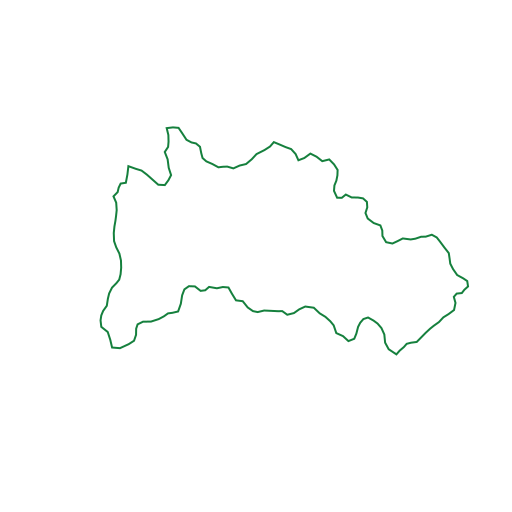 Serra Azul de Minas, Minas Gerais, Brazil (Natural Earth projection), rotated 330°
{"feature_id": "56859067B40983562978217", "entity_name": "Serra Azul de Minas", "entity_type": "district", "adm_level": 2, "iso_a3": "BRA", "parent_name": "Brazil", "parent_adm1": "Minas Gerais", "projection": "natural_earth1", "projection_center": [-43.207, -18.391], "detail": "fine", "context": "isolated", "style": "outline", "palette": "green", "viewbox_px": 512, "rotation_deg": 330, "n_neighbors": 0, "source": "geoboundaries", "source_scale": "gbopen_adm2", "svg_char_len": 2522}
<svg xmlns="http://www.w3.org/2000/svg" viewBox="0 0 512 512"><g transform="rotate(330 256 256)"><path d="M408.7,321.9L402.7,320.7L398.2,319.0L391.9,314.2L386.0,313.9L380.4,313.4L375.6,309.1L375.5,301.9L378.1,297.1L379.0,291.7L374.4,286.3L371.5,279.4L372.3,273.5L376.7,269.5L379.1,264.6L377.5,259.6L373.6,256.4L368.1,253.1L364.5,247.7L359.4,248.5L355.4,246.1L356.1,238.6L359.2,234.1L363.3,230.9L366.8,226.9L369.7,222.3L369.4,215.7L367.7,209.0L360.8,207.0L358.1,200.3L354.3,194.5L346.8,195.3L340.6,194.3L341.3,187.5L339.9,181.0L336.1,176.5L332.3,171.4L328.4,166.3L322.9,168.2L316.3,168.5L307.4,168.0L300.7,170.1L293.4,171.4L287.1,169.5L280.2,168.8L275.8,164.2L271.8,162.1L267.8,160.4L264.2,154.5L260.3,149.2L258.7,144.4L260.0,139.6L262.1,133.4L260.3,128.5L256.9,125.4L253.9,120.6L253.5,113.3L253.0,106.3L248.4,103.1L242.6,100.6L240.6,107.4L237.4,113.3L234.4,117.6L229.0,120.3L227.8,128.1L224.5,136.0L222.9,143.5L218.0,146.6L212.5,149.0L207.0,145.4L204.5,137.9L202.2,131.0L199.6,124.8L195.4,120.3L190.4,114.4L185.4,121.1L179.9,127.5L175.0,125.6L171.3,128.1L168.1,131.5L162.4,133.1L161.6,139.9L158.3,146.6L154.8,151.4L151.8,155.3L148.2,159.6L144.3,165.0L140.5,172.2L139.3,178.6L138.9,185.6L136.8,192.4L133.4,198.7L129.6,204.1L125.7,208.1L121.6,209.7L115.5,211.4L110.1,215.0L106.4,218.9L101.9,224.5L96.2,227.1L92.3,230.1L89.2,234.0L86.6,240.0L89.6,247.7L87.9,255.7L85.6,263.3L92.1,267.8L101.8,268.7L108.0,268.4L112.7,264.3L115.9,259.0L119.3,256.0L125.3,256.4L132.3,260.3L140.2,262.0L146.1,262.2L151.1,261.7L155.2,263.4L160.8,265.1L167.0,259.8L172.4,253.1L177.3,249.1L182.8,248.6L187.9,251.8L190.6,258.5L194.9,260.3L199.9,259.3L206.0,264.4L211.8,266.3L216.4,269.5L216.3,276.4L216.5,284.4L221.9,288.5L223.1,296.4L225.8,302.2L229.4,305.4L235.8,307.3L242.5,311.6L247.3,314.7L251.2,316.9L253.7,322.5L260.3,324.4L266.8,323.8L273.4,324.4L280.2,329.7L282.5,337.5L285.7,343.4L287.7,349.6L288.6,354.9L287.0,362.9L291.3,368.9L293.5,375.9L299.7,376.8L304.1,373.4L309.0,368.4L312.9,365.9L317.5,364.3L322.3,365.3L325.5,370.7L327.5,375.3L328.6,381.1L327.9,388.1L324.5,395.6L324.3,403.1L328.4,411.4L333.1,409.8L338.5,408.8L342.6,407.4L346.9,408.6L352.2,410.8L357.6,409.3L364.4,407.4L370.5,406.0L375.1,405.3L381.4,404.7L387.6,402.8L393.7,402.6L400.5,401.8L405.3,396.4L406.9,390.3L411.0,388.9L415.7,391.0L419.6,389.4L424.4,388.4L426.4,383.3L424.3,379.0L420.7,373.1L420.1,365.9L420.4,359.8L422.3,355.2L424.4,349.9L423.4,342.9L422.5,335.1L421.8,330.3L418.9,325.5L412.6,324.1L408.7,321.9Z" fill="none" stroke="#15803d" stroke-width="2"/></g></svg>